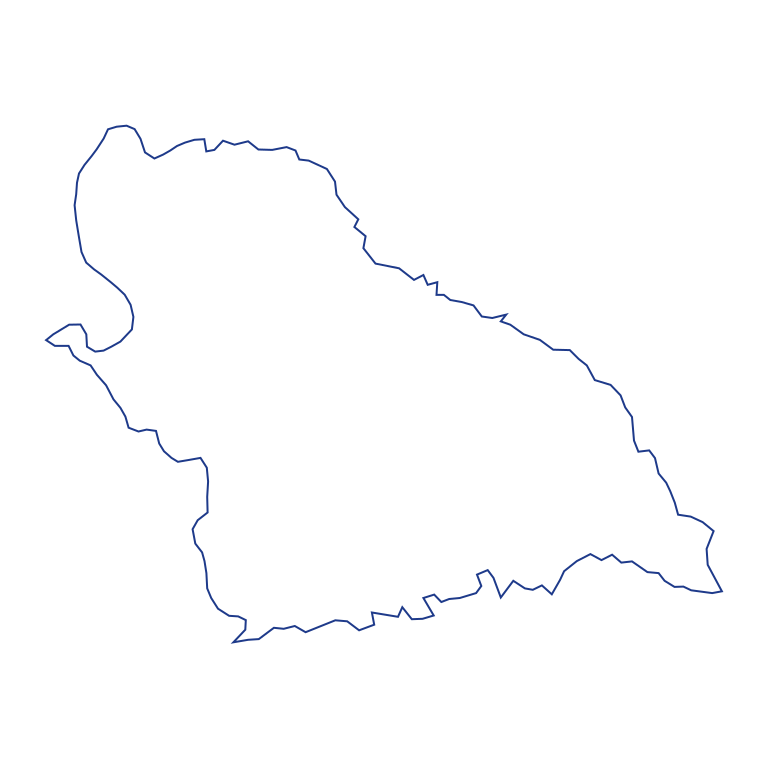 São Marcos, Rio Grande do Sul, Brazil (Natural Earth projection)
{"feature_id": "56859067B15820019194660", "entity_name": "São Marcos", "entity_type": "district", "adm_level": 2, "iso_a3": "BRA", "parent_name": "Brazil", "parent_adm1": "Rio Grande do Sul", "projection": "natural_earth1", "projection_center": [-51.072, -28.957], "detail": "fine", "context": "isolated", "style": "outline", "palette": "blue", "viewbox_px": 768, "rotation_deg": 0, "n_neighbors": 0, "source": "geoboundaries", "source_scale": "gbopen_adm2", "svg_char_len": 2381}
<svg xmlns="http://www.w3.org/2000/svg" viewBox="0 0 768 768"><path d="M46.1,340.1L54.9,345.9L68.6,345.9L73.4,355.5L79.8,360.7L90.6,365.4L96.9,374.8L106.1,385.3L113.5,399.4L120.4,407.8L125.4,416.6L128.6,427.7L138.5,431.5L146.6,429.6L156.0,430.9L159.2,443.5L164.0,451.3L171.5,457.9L177.9,461.8L188.6,460.0L200.5,457.9L206.8,467.7L208.1,481.5L207.2,496.9L207.6,512.5L197.7,520.2L192.6,529.2L195.3,543.6L202.1,552.4L204.5,561.1L206.4,573.1L207.2,588.4L211.2,598.0L218.0,608.7L229.1,615.8L238.2,616.4L245.8,620.1L245.3,629.7L233.4,642.3L248.1,639.8L258.8,639.1L273.9,627.8L283.7,628.8L294.8,626.0L305.6,632.2L335.3,620.3L347.2,621.3L359.1,630.3L374.2,624.7L371.9,612.5L398.0,616.8L402.3,607.2L411.8,619.2L422.6,618.8L433.7,615.5L423.4,598.0L434.2,594.6L441.3,602.0L449.2,599.0L459.8,598.0L476.1,593.1L481.3,586.0L477.0,574.6L487.7,570.1L493.5,577.9L500.8,597.5L513.3,580.8L524.9,588.4L532.8,589.8L541.9,585.4L551.8,594.3L560.1,579.8L564.1,571.2L576.8,561.1L590.4,554.1L601.5,560.1L612.1,554.7L621.3,562.6L632.0,561.4L647.4,572.1L658.6,573.1L664.6,580.8L674.5,586.9L683.4,586.6L691.2,590.3L712.2,593.1L721.9,591.3L707.7,564.8L706.6,548.9L713.6,531.1L702.6,522.1L690.7,516.6L678.1,514.7L674.8,502.7L670.2,491.1L666.2,482.7L658.6,473.5L655.0,458.1L649.2,450.4L638.4,451.7L634.0,440.6L632.0,417.0L625.2,407.4L620.6,395.4L610.6,384.9L594.8,380.1L586.8,365.4L578.6,358.9L569.8,350.1L553.2,349.7L539.9,339.9L523.7,334.3L510.3,324.7L500.8,321.4L506.2,314.6L492.3,318.0L481.8,316.5L473.5,305.4L461.6,302.0L450.3,300.0L443.9,294.9L436.5,294.9L437.3,282.2L427.7,284.8L423.4,275.0L414.0,279.9L399.1,268.3L375.5,263.6L363.4,248.2L365.6,236.2L354.4,227.0L358.3,219.3L344.9,207.1L336.5,194.7L335.0,181.6L326.9,169.0L308.7,160.6L299.3,159.5L295.5,150.5L286.6,147.1L272.2,149.9L258.4,149.5L248.1,141.3L234.5,144.7L223.0,140.7L214.4,149.9L206.3,151.4L204.3,139.2L194.4,139.8L185.0,142.6L177.0,146.0L170.3,150.5L163.1,154.6L154.4,158.5L145.0,152.4L140.5,138.8L134.6,129.1L126.6,125.7L116.7,126.7L108.0,129.3L103.7,138.5L96.6,149.4L91.6,156.1L84.5,164.9L79.0,173.5L77.0,182.7L76.2,194.2L74.6,205.2L76.2,220.3L78.7,235.6L81.5,252.0L86.2,262.6L94.1,269.4L101.2,274.5L110.8,282.2L117.2,287.6L124.7,294.7L130.6,304.8L133.4,316.9L131.9,329.4L120.4,341.6L111.3,346.7L103.6,350.6L95.2,351.6L87.0,346.7L86.3,334.3L80.5,324.5L69.1,324.7L53.3,334.3L46.1,340.1Z" fill="none" stroke="#1e3a8a" stroke-width="2"/></svg>